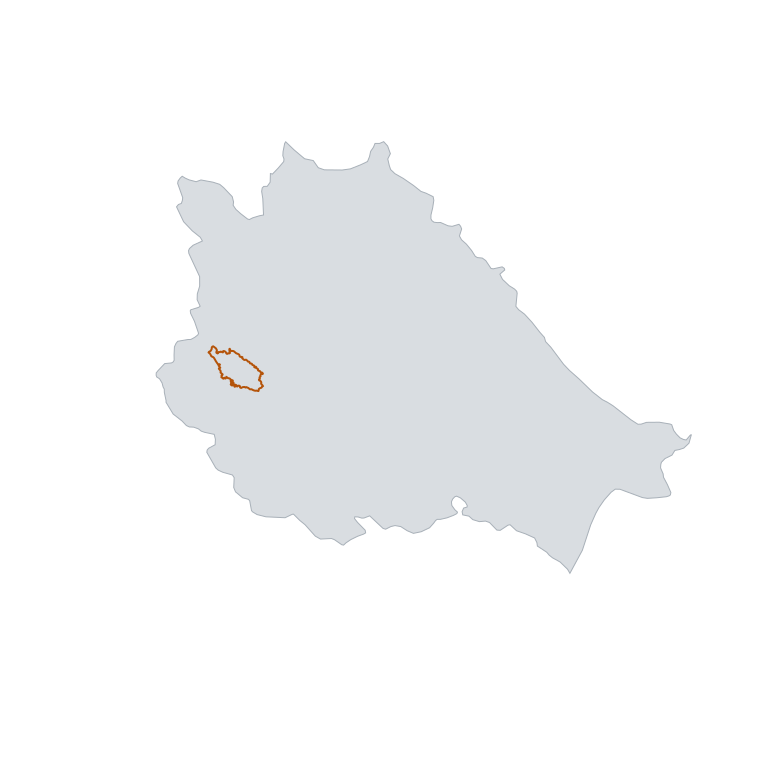 Syanno, Vitebsk, Belarus (highlighted), rotated 221°
{"feature_id": "67162791B30203465956125", "entity_name": "Syanno", "entity_type": "district", "adm_level": 2, "iso_a3": "BLR", "parent_name": "Belarus", "parent_adm1": "Vitebsk", "projection": "equal_earth", "projection_center": [29.908, 54.823], "detail": "fine", "context": "in_parent", "style": "outline", "palette": "amber", "viewbox_px": 768, "rotation_deg": 221, "n_neighbors": 0, "source": "geoboundaries", "source_scale": "gbopen_adm2", "svg_char_len": 9656}
<svg xmlns="http://www.w3.org/2000/svg" viewBox="0 0 768 768"><g transform="rotate(221 384 384)"><path d="M617.1,502.3L605.6,501.7L591.7,501.9L584.0,506.2L575.5,504.1L569.5,506.5L555.9,518.1L550.5,524.3L545.5,534.0L542.4,541.1L544.1,546.1L546.7,550.8L547.3,555.8L548.6,559.7L545.2,562.6L543.2,566.7L537.4,566.0L530.3,562.0L528.8,556.3L523.3,552.3L519.7,550.2L513.8,549.9L504.3,551.8L491.9,553.2L482.5,553.6L477.4,555.6L469.8,557.6L466.9,555.3L462.8,548.8L459.4,542.3L457.0,539.5L455.0,538.7L452.4,538.9L449.5,540.9L447.3,543.0L439.5,545.4L436.0,547.7L432.2,553.7L429.7,553.3L427.1,551.9L424.2,545.2L420.1,543.7L413.5,543.6L405.4,542.2L398.8,540.2L396.4,540.7L392.5,543.5L388.2,543.9L379.0,541.4L377.1,542.6L371.7,549.9L369.1,550.2L367.7,549.3L368.6,542.9L363.2,540.7L354.1,540.3L347.7,541.3L344.6,541.0L343.0,539.8L335.4,529.1L331.2,528.4L323.8,528.9L312.9,527.7L300.4,525.3L293.5,524.4L289.9,522.0L282.2,521.2L261.4,516.7L253.0,515.9L240.4,515.8L221.4,514.8L209.1,515.4L203.4,516.8L196.9,517.8L174.2,519.0L166.0,520.2L163.6,522.4L160.7,527.3L151.1,535.8L141.8,541.5L140.1,542.0L134.9,539.0L130.5,538.0L125.3,537.6L121.6,538.6L119.2,540.0L119.3,546.6L118.7,547.2L115.0,539.4L115.7,532.3L118.1,528.3L120.9,524.7L120.0,519.3L123.0,512.1L123.3,506.9L122.2,504.7L120.2,502.1L114.4,499.3L111.9,497.0L104.1,494.0L96.3,490.3L95.1,488.1L95.5,486.5L97.0,484.1L103.4,477.2L110.2,470.5L114.5,467.8L137.0,459.3L140.5,456.3L141.6,451.2L141.7,441.0L140.7,431.7L139.3,425.3L135.6,413.3L125.2,388.6L119.5,363.1L123.9,364.6L134.3,365.2L142.7,363.4L147.0,363.2L150.8,363.8L161.9,362.3L164.5,364.6L169.3,366.6L179.0,363.7L187.7,360.2L196.5,360.5L197.8,358.8L200.3,349.8L203.0,347.8L213.5,348.7L217.5,347.1L221.7,342.7L228.0,339.9L233.2,340.0L238.7,336.9L241.3,338.9L242.5,342.6L240.6,345.6L241.3,346.8L245.0,348.2L251.5,348.2L255.6,347.0L256.6,345.3L256.7,342.2L255.8,339.3L253.1,336.8L248.1,335.6L244.5,335.5L244.0,334.0L245.3,330.6L248.6,324.4L252.6,318.9L255.1,316.7L255.5,314.8L255.2,311.4L255.3,305.4L259.0,296.9L263.8,290.6L270.2,288.5L277.8,287.4L282.8,284.4L285.3,280.9L287.5,275.5L290.0,274.4L308.3,275.1L311.2,269.7L312.8,268.2L316.4,266.6L318.9,264.6L318.0,263.1L313.3,262.2L302.3,261.3L300.2,259.6L300.9,257.4L304.0,251.8L307.0,244.7L308.5,239.1L308.8,235.9L310.4,235.0L319.3,234.0L322.3,232.9L330.2,225.3L336.1,224.1L351.2,226.0L358.1,225.8L366.9,226.4L367.7,225.6L370.9,218.2L386.0,206.3L394.1,202.2L399.1,201.3L400.9,201.5L408.8,207.8L410.7,208.0L416.1,205.4L425.3,205.2L429.5,207.3L435.6,215.0L438.7,215.9L447.8,211.6L452.7,210.2L456.0,210.3L472.9,216.2L474.1,218.1L474.2,220.4L471.6,227.4L475.0,231.7L479.1,234.6L487.8,229.8L491.1,228.5L494.6,228.4L499.3,226.6L502.7,223.9L505.9,223.0L512.1,223.6L523.4,223.0L536.5,227.2L537.6,228.5L544.2,233.5L546.5,236.0L548.7,236.8L552.2,239.2L556.9,240.7L560.1,240.2L561.7,241.1L563.2,243.0L563.3,246.2L562.9,255.5L558.2,260.5L557.6,262.2L557.9,264.2L561.6,268.3L566.5,274.5L567.6,278.2L567.7,280.9L561.1,289.0L559.0,290.9L557.5,294.9L556.7,298.9L557.2,300.6L568.2,307.0L576.4,310.5L578.3,312.2L578.5,313.3L574.2,320.2L573.8,322.1L580.3,325.0L584.0,329.5L587.3,336.9L593.6,344.1L616.9,354.5L619.0,356.4L619.7,358.6L619.1,363.5L614.9,372.8L618.9,374.2L629.2,373.8L641.7,375.0L656.8,381.6L656.9,384.6L655.4,387.3L656.5,390.1L658.2,392.6L671.3,400.0L672.6,402.1L672.9,405.8L672.6,408.4L669.0,409.0L665.0,410.2L658.5,413.4L656.0,417.9L645.5,424.1L639.0,426.9L633.8,427.0L621.4,425.8L617.0,422.7L615.1,419.9L610.3,418.6L604.0,418.5L595.2,419.0L593.5,419.8L592.1,423.3L588.4,429.2L585.8,432.5L597.0,444.3L602.7,449.1L604.5,452.0L604.4,454.2L601.8,456.6L602.3,461.6L607.8,468.3L605.9,469.3L605.5,477.4L605.6,486.1L607.1,488.2L610.1,489.9L612.6,493.1L616.8,500.4L617.1,502.3Z" fill="#d9dde1" stroke="#a8b0b8" stroke-width="1"/><path d="M511.3,282.8L511.2,282.5L511.1,282.4L510.8,282.4L510.3,282.7L510.0,282.7L509.7,282.6L509.2,282.5L508.6,282.8L508.6,283.1L508.8,283.4L508.6,283.9L508.3,283.9L507.9,283.9L507.3,284.1L507.1,284.6L507.1,284.9L507.1,285.1L507.3,285.4L507.5,285.5L507.6,285.9L507.3,286.0L506.7,286.0L506.0,286.0L505.5,286.1L505.1,286.4L504.8,286.6L504.4,286.7L504.0,286.9L503.5,286.9L503.1,286.9L502.8,286.8L502.3,286.8L501.9,286.9L501.5,287.1L501.1,287.2L500.8,287.4L500.7,287.4L500.4,287.4L500.3,287.2L500.4,286.7L500.6,286.6L500.9,286.6L501.1,286.5L501.5,286.4L501.8,286.2L501.8,285.8L501.6,285.6L501.3,285.5L500.9,285.3L500.5,285.0L500.2,284.6L499.9,284.2L499.5,283.8L499.5,283.6L499.4,283.3L499.3,283.1L498.8,283.0L498.4,283.0L497.9,283.1L497.6,283.3L497.5,283.6L497.5,283.9L497.5,284.1L497.7,284.3L498.1,284.6L498.5,284.9L499.0,285.4L499.2,285.7L499.0,286.0L498.8,286.3L498.5,286.3L498.3,286.1L498.0,285.8L497.7,285.6L497.4,285.4L497.2,285.3L496.8,285.1L496.5,284.9L496.1,284.7L495.9,284.5L495.6,284.2L495.3,284.0L495.2,284.0L494.8,284.1L494.8,284.3L494.9,284.6L495.2,284.9L495.5,285.1L495.8,285.5L495.9,285.8L495.6,286.0L495.4,286.1L495.0,286.2L494.7,286.2L494.4,285.8L494.0,285.6L493.7,285.6L493.4,285.7L493.1,285.9L493.0,286.3L492.9,286.8L492.9,287.1L492.6,287.4L492.4,287.6L492.0,287.7L491.8,287.8L491.4,287.8L491.1,287.7L490.9,287.5L490.7,287.2L490.2,287.0L489.8,287.1L489.3,287.3L489.1,287.5L489.0,287.9L489.0,288.0L488.8,288.4L488.7,288.7L488.5,289.0L488.2,289.4L487.8,289.7L487.6,290.0L487.3,290.2L486.8,290.3L486.4,290.4L486.1,290.6L486.1,290.8L486.0,291.2L485.5,291.4L484.8,291.7L484.3,291.8L483.8,292.0L483.3,292.0L482.9,292.0L482.5,292.0L482.1,292.0L481.6,292.1L481.4,292.3L481.2,292.5L480.7,293.0L480.3,293.2L479.8,293.3L479.4,293.4L478.9,293.5L478.6,293.6L477.8,293.9L477.4,294.1L476.8,294.4L476.3,294.9L476.1,295.2L475.6,295.5L475.1,295.8L474.4,296.1L474.2,296.3L474.3,296.7L474.5,297.0L474.7,297.3L474.8,297.6L475.1,298.0L475.1,298.6L475.0,299.0L474.9,299.3L474.8,299.6L474.4,300.2L474.2,300.5L474.1,301.0L474.1,301.4L474.2,301.5L474.3,301.8L474.3,302.0L474.3,302.3L474.2,302.5L474.0,302.8L474.0,303.0L474.9,303.3L475.3,303.3L475.9,303.4L476.4,303.4L477.0,303.7L477.2,304.0L477.4,304.3L477.8,304.8L478.2,305.0L479.1,305.2L479.6,305.2L480.0,305.0L480.3,304.9L480.7,304.9L481.1,305.1L481.3,305.4L481.3,305.6L481.3,306.0L481.2,306.2L481.2,306.5L481.4,306.8L481.7,307.0L482.0,307.1L482.3,307.4L482.3,307.6L482.2,308.3L482.2,308.7L482.6,309.0L482.9,309.2L483.0,309.6L483.1,309.9L483.1,310.3L483.4,310.6L483.4,310.9L483.2,311.2L482.8,311.4L482.4,311.6L482.2,311.8L482.2,312.1L482.4,312.1L482.6,312.2L482.7,312.5L482.9,312.6L483.3,312.6L483.8,312.5L484.1,312.3L484.8,312.0L485.1,312.0L485.6,312.1L486.0,312.3L486.3,312.3L486.8,312.0L487.3,311.8L487.8,311.7L488.2,311.8L488.4,312.0L488.5,312.3L488.7,312.5L489.1,312.6L489.8,312.5L490.1,312.4L490.5,312.3L490.7,312.2L490.8,312.2L491.0,312.2L491.1,312.5L491.5,312.9L491.8,312.9L491.9,312.7L492.0,312.3L492.1,312.1L492.2,311.9L492.5,311.7L493.0,311.7L493.1,311.9L493.3,312.1L493.4,312.3L493.6,312.6L493.9,312.6L494.2,312.6L494.5,312.6L495.1,312.3L495.4,312.2L495.7,312.1L495.8,312.1L496.1,312.1L496.4,312.3L496.6,312.4L496.8,312.5L497.2,312.5L497.5,312.4L497.7,312.2L498.0,312.0L498.2,311.9L498.4,311.8L498.7,311.7L498.9,311.8L499.2,311.9L499.5,312.1L499.8,312.2L500.0,312.3L500.3,312.3L500.5,312.2L500.8,312.0L501.2,311.8L501.5,311.7L501.8,311.8L502.2,311.8L502.4,311.9L502.7,311.9L503.1,311.9L503.3,311.9L503.6,311.8L504.1,311.8L504.6,311.2L504.8,310.9L505.1,310.6L505.7,310.4L506.4,310.4L507.4,310.4L507.8,310.4L508.2,310.6L508.3,310.9L508.3,311.1L508.4,311.3L508.7,311.3L509.3,311.0L509.7,310.6L510.0,310.4L510.3,310.2L510.7,310.2L511.1,310.2L511.5,310.5L511.9,310.8L512.2,311.0L512.6,311.1L513.0,311.1L513.4,311.0L514.2,310.8L514.9,310.5L515.4,310.4L515.8,310.2L516.5,310.2L517.1,310.2L517.8,310.2L518.2,310.2L518.6,310.2L519.0,310.1L519.3,310.0L519.7,309.8L520.3,309.3L520.7,308.9L521.2,308.7L521.7,308.6L522.2,308.6L522.4,308.8L522.7,309.0L523.0,309.2L523.5,309.3L523.6,309.2L523.6,308.9L523.3,308.5L522.9,308.2L522.7,307.9L522.3,307.5L521.9,307.3L521.4,307.0L521.0,306.7L520.7,306.4L520.7,306.0L520.8,305.7L521.2,305.3L521.8,305.0L521.9,304.6L521.9,304.3L522.2,303.8L522.5,303.7L523.1,303.7L523.5,303.9L523.9,304.1L524.3,304.2L524.8,304.3L525.4,304.2L526.1,304.0L526.5,303.8L526.7,303.6L526.9,303.3L526.8,302.9L526.6,302.6L526.4,302.4L526.4,302.2L526.8,301.9L527.3,301.8L527.8,301.6L528.1,301.5L528.4,301.3L528.5,301.2L528.7,300.8L528.7,300.5L528.9,300.3L529.4,299.9L529.6,299.8L529.8,299.5L529.9,299.1L529.7,298.8L529.5,298.5L529.6,298.0L530.0,297.8L530.5,297.7L531.0,297.7L531.3,297.9L531.5,298.1L531.5,298.3L531.6,298.7L531.8,299.0L531.9,299.3L532.1,299.6L532.5,299.9L532.7,300.1L533.4,300.3L533.6,300.4L534.1,300.6L534.6,300.6L535.4,300.6L536.0,300.5L536.7,300.5L537.3,300.4L537.5,300.4L537.7,300.2L537.9,299.9L538.0,299.6L538.0,299.3L538.0,298.8L537.8,298.4L537.5,298.0L537.1,297.5L536.8,296.7L536.7,296.0L536.6,295.5L536.6,295.1L536.8,294.6L536.8,294.2L537.0,293.9L537.2,293.4L537.2,293.2L537.0,292.7L536.5,292.7L536.0,292.7L535.5,292.7L534.7,292.6L534.2,292.4L533.5,292.1L532.6,291.7L532.2,291.7L531.6,292.0L531.3,292.0L531.0,292.1L530.4,292.2L529.9,292.2L529.3,292.1L528.9,292.0L527.9,291.6L527.4,291.5L526.9,291.3L526.2,291.0L525.7,290.9L524.8,290.6L523.5,290.3L522.8,290.1L522.3,290.0L522.1,290.0L521.7,290.3L521.5,290.7L521.4,290.8L521.1,291.0L520.7,291.0L520.5,290.9L520.5,290.6L520.9,289.8L520.9,289.4L520.7,289.3L519.3,289.1L518.8,289.0L518.3,288.8L518.3,288.3L518.6,287.9L518.8,287.6L518.8,287.4L518.6,287.2L518.0,287.1L517.5,287.0L516.2,286.8L515.7,286.5L515.4,286.2L515.2,285.8L514.8,285.4L514.4,285.4L513.7,285.4L513.2,285.4L512.2,285.4L512.0,285.2L511.9,284.8L511.9,284.5L512.0,284.2L512.2,283.9L512.1,283.7L511.9,283.5L511.6,283.4L511.5,283.2L511.3,283.0L511.3,282.8Z" fill="none" stroke="#b45309" stroke-width="2"/></g></svg>